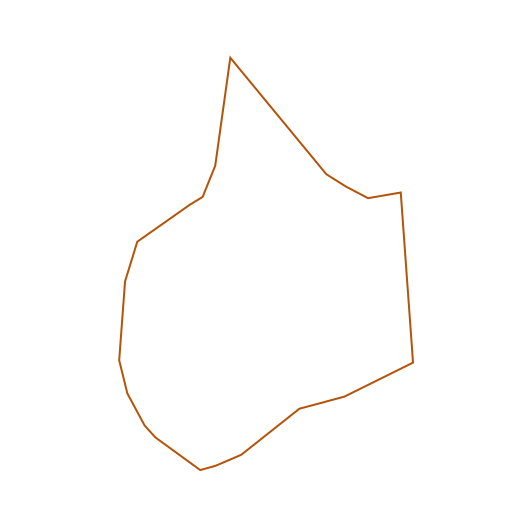 the border of Markovci, rotated 79°
{"feature_id": "SVN-272", "entity_name": "Markovci", "entity_type": "Municipality", "adm_level": 1, "iso_a3": "SVN", "parent_name": "Slovenia", "parent_adm1": "", "projection": "robinson", "projection_center": [15.962, 46.391], "detail": "fine", "context": "isolated", "style": "outline", "palette": "amber", "viewbox_px": 512, "rotation_deg": 79, "n_neighbors": 0, "source": "natural_earth", "source_scale": "10m", "svg_char_len": 416}
<svg xmlns="http://www.w3.org/2000/svg" viewBox="0 0 512 512"><g transform="rotate(79 256 256)"><path d="M332.3,410.2L256.0,389.4L219.3,369.8L193.0,311.1L187.8,297.1L159.6,278.8L56.5,243.4L189.1,171.4L204.9,154.6L220.6,135.0L221.3,101.8L390.6,122.2L410.9,196.1L414.2,242.6L448.3,308.4L454.2,335.6L455.5,351.6L414.9,389.4L401.1,397.7L366.4,408.5L332.3,410.2Z" fill="none" stroke="#b45309" stroke-width="2"/></g></svg>